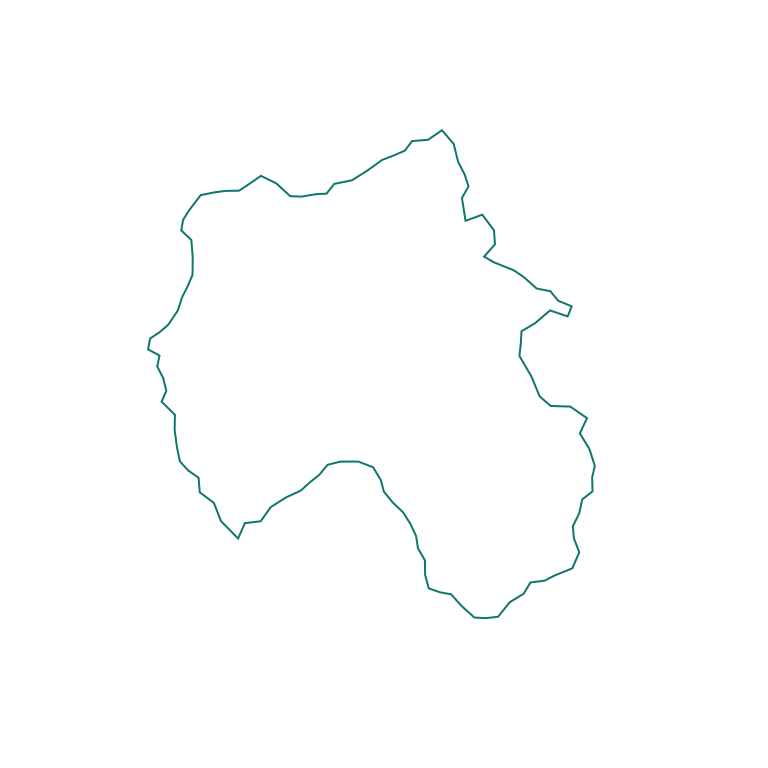 Caiana, Minas Gerais, Brazil, rotated 318°
{"feature_id": "56859067B54164523766538", "entity_name": "Caiana", "entity_type": "district", "adm_level": 2, "iso_a3": "BRA", "parent_name": "Brazil", "parent_adm1": "Minas Gerais", "projection": "orthographic", "projection_center": [-41.908, -20.729], "detail": "fine", "context": "isolated", "style": "outline", "palette": "teal", "viewbox_px": 768, "rotation_deg": 318, "n_neighbors": 0, "source": "geoboundaries", "source_scale": "gbopen_adm2", "svg_char_len": 1606}
<svg xmlns="http://www.w3.org/2000/svg" viewBox="0 0 768 768"><g transform="rotate(318 384 384)"><path d="M596.9,234.2L580.1,232.0L567.5,222.3L555.6,224.5L544.7,220.9L532.4,216.2L514.7,214.3L496.6,211.2L480.9,202.0L468.7,204.1L460.3,197.3L448.0,189.5L440.0,181.7L438.2,162.8L431.8,147.0L418.8,145.3L405.7,143.4L395.1,134.2L385.4,127.6L374.1,121.0L355.3,124.5L344.5,127.6L336.1,134.2L337.2,148.1L326.4,162.1L314.7,174.8L302.8,180.3L291.9,184.5L280.0,191.4L263.4,195.6L252.6,195.4L240.7,193.7L231.8,200.4L236.2,212.6L227.2,219.3L223.9,231.8L217.7,243.4L206.9,248.3L208.0,267.0L197.8,277.9L188.1,292.0L180.6,304.8L180.6,317.3L183.5,329.6L174.6,341.2L178.0,358.6L171.1,376.8L172.2,401.2L187.5,394.3L200.5,403.5L217.5,399.7L235.6,402.8L250.7,407.5L263.5,407.5L275.0,408.2L288.0,406.3L299.7,412.5L313.0,424.5L320.2,438.5L317.4,453.1L311.9,464.0L311.2,478.1L312.3,492.1L310.1,505.3L306.1,518.5L299.3,528.9L296.4,542.4L286.9,553.3L280.5,565.8L286.2,576.2L293.1,585.1L293.1,601.2L294.9,618.0L302.8,626.0L313.0,633.3L331.5,630.3L347.4,633.3L360.0,629.5L371.7,637.6L382.5,640.4L400.6,647.0L416.5,639.7L421.9,625.8L429.1,616.1L442.6,610.7L454.1,602.4L467.1,603.3L476.2,592.7L485.9,585.9L493.2,569.6L496.5,551.8L512.0,545.2L507.3,525.4L493.2,511.9L491.4,497.3L498.7,476.7L503.4,453.8L512.9,445.3L521.5,436.8L537.0,439.9L556.6,440.4L565.7,456.7L575.4,451.9L569.2,438.7L569.7,426.4L561.3,415.1L559.5,398.6L556.6,386.5L547.1,367.1L543.6,356.3L560.0,354.4L568.6,343.3L570.3,323.9L553.8,317.3L566.4,297.9L579.0,293.7L584.1,282.3L587.8,268.4L596.4,252.3L596.9,234.2Z" fill="none" stroke="#0f766e" stroke-width="2"/></g></svg>